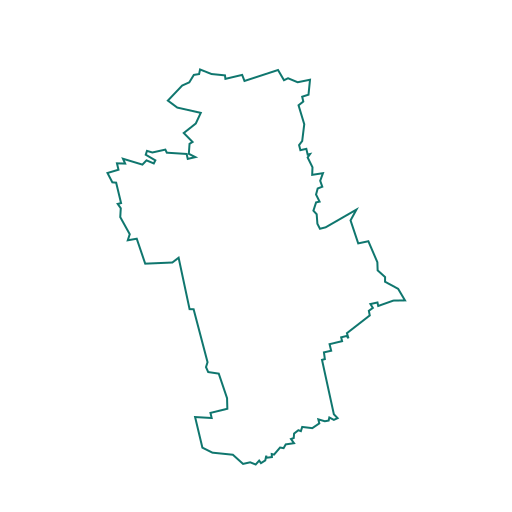 Weddin, New South Wales, Australia, rotated 248°
{"feature_id": "25037944B42386149342522", "entity_name": "Weddin", "entity_type": "district", "adm_level": 2, "iso_a3": "AUS", "parent_name": "Australia", "parent_adm1": "New South Wales", "projection": "robinson", "projection_center": [147.918, -33.878], "detail": "medium", "context": "isolated", "style": "outline", "palette": "teal", "viewbox_px": 512, "rotation_deg": 248, "n_neighbors": 0, "source": "geoboundaries", "source_scale": "gbopen_adm2", "svg_char_len": 1933}
<svg xmlns="http://www.w3.org/2000/svg" viewBox="0 0 512 512"><g transform="rotate(248 256 256)"><path d="M159.0,377.5L172.3,375.5L183.8,366.0L188.1,367.8L197.1,363.4L204.8,366.2L227.6,365.7L229.4,355.5L253.6,357.0L261.4,366.5L256.5,331.3L257.3,325.5L262.9,325.0L272.0,327.9L276.5,326.2L283.2,331.8L282.6,335.3L290.5,334.7L295.5,338.5L295.4,343.4L301.7,343.7L307.7,349.1L310.2,338.5L317.1,341.6L328.0,340.8L330.3,344.3L330.7,341.9L336.5,342.8L337.5,336.8L342.7,337.5L345.3,341.9L360.1,350.1L379.8,351.9L381.5,357.7L386.4,358.5L385.9,365.1L399.2,372.1L401.5,359.7L408.8,352.3L408.5,347.8L420.2,346.1L422.6,310.9L429.1,311.0L431.7,294.0L435.1,294.9L441.4,282.9L449.9,274.0L446.0,271.4L447.2,266.2L442.0,259.2L441.7,251.4L433.1,232.5L423.1,238.6L409.4,258.4L401.4,249.8L397.1,235.1L385.5,239.9L384.9,236.4L375.9,232.0L370.4,236.8L371.6,229.1L376.6,229.9L385.2,212.0L388.6,211.8L390.8,198.7L394.3,194.3L391.2,191.7L382.4,198.5L380.1,195.9L385.7,190.3L383.3,184.9L396.0,169.1L390.7,169.3L394.0,161.8L387.5,160.8L388.6,149.4L378.1,150.4L376.4,153.8L355.6,150.7L356.1,147.3L350.9,148.5L342.9,144.7L323.5,147.1L318.6,143.0L316.7,151.9L290.4,150.4L281.3,176.0L283.4,183.6L231.6,174.5L230.0,178.2L175.7,171.3L171.7,168.0L166.3,168.2L160.9,177.4L135.0,175.9L125.1,172.2L127.6,155.0L122.4,154.2L129.5,139.2L98.4,134.5L90.0,141.9L80.4,160.1L68.1,166.1L66.9,173.3L62.8,177.6L65.1,182.3L62.1,183.0L63.0,188.0L67.0,190.7L65.0,190.2L63.6,195.4L66.5,196.4L65.1,198.3L69.4,206.6L67.5,209.6L70.2,213.0L68.2,221.1L73.2,219.9L73.1,222.8L77.1,224.8L78.6,230.0L76.8,232.0L80.2,234.8L75.3,243.7L77.1,252.0L81.2,252.6L77.0,257.9L76.2,261.7L78.8,263.5L74.9,266.8L75.1,270.9L80.1,268.9L135.0,278.3L134.6,281.2L141.2,282.9L140.0,290.2L146.7,291.2L144.8,303.9L148.7,304.5L147.9,310.1L145.1,310.9L150.4,311.4L158.3,339.2L162.9,340.1L164.1,344.9L168.6,344.1L167.4,351.2L163.9,350.6L163.2,366.7L159.0,377.5Z" fill="none" stroke="#0f766e" stroke-width="2"/></g></svg>